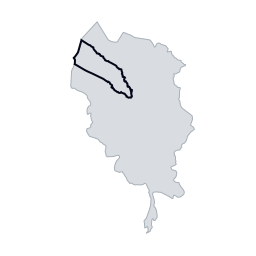 location of Hilmand within Afghanistan, rotated 112°
{"feature_id": "AFG-1750", "entity_name": "Hilmand", "entity_type": "Province", "adm_level": 1, "iso_a3": "AFG", "parent_name": "Afghanistan", "parent_adm1": "", "projection": "equal_earth", "projection_center": [64.341, 31.376], "detail": "fine", "context": "in_parent", "style": "outline", "palette": "ink", "viewbox_px": 256, "rotation_deg": 112, "n_neighbors": 0, "source": "natural_earth", "source_scale": "10m", "svg_char_len": 7250}
<svg xmlns="http://www.w3.org/2000/svg" viewBox="0 0 256 256"><g transform="rotate(112 128 128)"><path d="M113.2,69.7L117.7,69.2L120.7,69.8L122.3,71.5L123.9,71.9L125.4,71.1L126.3,71.0L126.7,71.5L127.5,71.7L128.6,71.6L129.3,72.1L129.5,73.0L130.3,74.3L131.9,75.8L133.3,76.2L135.1,75.0L135.7,75.1L136.0,74.8L136.1,73.9L137.2,73.1L139.2,72.3L140.3,71.7L140.7,71.1L141.4,70.9L142.1,71.1L142.6,70.9L143.0,70.1L143.7,69.8L144.3,70.0L147.1,72.7L148.2,73.6L148.7,73.4L150.1,71.9L150.2,70.6L149.8,68.8L150.0,67.3L150.9,66.2L152.6,65.6L155.0,65.3L156.5,65.5L157.0,66.0L157.8,66.3L158.7,66.4L159.6,65.7L160.3,64.4L160.3,62.7L159.6,60.8L159.8,60.1L161.0,59.1L162.2,57.6L163.4,55.7L164.6,53.4L166.0,52.0L167.8,51.4L169.9,52.0L172.5,53.8L173.6,56.1L173.0,58.8L173.0,60.2L173.5,60.5L176.4,60.0L176.8,60.4L176.8,61.1L176.4,62.2L176.0,65.4L175.3,73.3L176.7,77.9L177.6,79.8L178.5,80.4L179.3,80.6L180.2,80.4L181.9,79.2L184.5,77.0L187.0,75.6L190.7,74.9L191.9,72.5L193.6,70.9L197.4,68.6L199.5,67.7L200.7,67.6L203.8,68.4L204.0,69.2L203.8,69.9L203.0,70.6L202.7,71.0L203.1,71.4L204.3,71.5L209.4,69.9L210.5,68.5L211.6,68.4L213.8,69.0L215.5,68.8L216.4,69.5L218.5,71.5L217.9,71.6L217.0,71.2L216.4,70.6L214.4,71.5L212.1,72.8L212.2,73.1L214.3,75.0L210.1,77.1L208.2,78.3L207.7,78.3L204.7,77.2L196.6,77.5L190.4,78.2L188.0,79.2L185.8,79.8L184.6,80.3L183.9,81.4L180.6,83.9L180.0,84.8L178.0,84.7L176.1,87.1L173.3,89.9L172.8,91.3L173.2,92.0L174.8,93.0L175.5,94.0L176.7,96.7L177.2,98.7L177.9,99.5L178.3,101.9L177.7,103.2L177.7,103.9L178.7,105.6L178.5,106.2L177.8,107.0L176.7,109.3L174.7,110.9L173.9,112.4L172.5,114.0L171.9,115.4L171.3,116.2L170.7,116.6L170.9,117.3L171.5,118.3L172.4,119.3L172.5,123.5L172.0,124.7L169.4,125.8L167.0,126.3L163.9,126.4L162.8,126.2L158.6,124.7L157.2,125.4L157.0,127.3L159.5,130.3L160.5,132.0L161.6,134.8L162.5,136.2L162.2,137.6L157.9,140.6L155.2,140.9L153.5,141.4L152.6,142.1L152.1,145.3L151.5,146.5L151.5,147.9L150.9,149.5L150.1,150.5L149.5,152.1L150.1,160.6L147.7,164.0L146.3,165.2L144.9,165.8L143.8,165.6L142.4,163.7L141.4,162.9L140.4,163.1L139.4,163.7L137.8,163.5L136.5,162.8L135.8,162.9L135.4,163.6L133.9,165.1L130.4,167.3L128.9,167.4L128.3,168.0L128.6,168.9L129.2,169.7L130.4,170.2L130.4,170.8L128.6,171.9L126.8,172.7L124.6,173.0L122.4,172.5L121.3,171.5L119.9,171.4L118.7,172.2L117.5,173.4L115.7,176.4L113.2,178.2L112.5,180.1L111.8,183.5L112.1,188.4L111.8,190.6L111.2,192.1L111.3,193.2L112.2,194.5L111.9,195.3L111.2,196.3L110.5,196.8L96.4,201.6L94.1,201.7L92.9,201.5L88.9,201.5L87.3,201.9L85.6,202.5L84.4,203.3L83.5,204.5L81.8,203.8L76.5,202.7L62.3,204.2L61.0,203.9L41.2,196.4L53.5,179.6L53.9,178.2L54.0,175.5L53.2,171.8L52.0,170.1L41.2,168.2L40.9,165.4L41.1,164.1L40.9,161.6L40.9,159.8L41.5,156.7L41.5,155.3L38.3,141.5L38.3,140.1L40.3,137.0L42.9,133.9L42.8,133.3L41.5,133.0L39.6,133.0L38.6,132.5L37.8,131.6L37.5,130.4L38.0,128.2L37.6,123.9L39.6,120.4L42.7,120.1L41.2,117.5L40.8,117.2L40.7,116.8L40.9,116.3L41.7,116.2L43.6,114.5L43.7,113.6L45.3,111.1L45.2,110.0L46.2,107.1L45.7,105.2L45.6,104.1L46.8,103.5L47.5,100.8L47.9,100.1L48.0,99.4L47.8,98.3L48.8,98.2L49.8,99.6L51.3,101.0L52.2,101.5L53.5,101.7L56.3,101.2L56.8,101.3L59.7,103.8L60.2,104.5L60.4,105.5L60.9,105.8L61.9,104.8L62.9,104.5L64.7,104.8L65.7,104.4L70.4,101.2L70.7,99.2L71.2,98.0L71.8,97.3L71.1,95.0L71.3,94.5L72.0,94.3L73.5,94.3L80.6,91.8L82.4,91.8L82.8,91.6L83.0,90.8L83.5,90.1L86.8,88.2L88.7,86.3L89.4,84.9L92.6,73.2L94.2,72.2L96.0,71.4L101.8,71.2L102.8,67.6L103.4,66.8L104.4,66.0L108.7,68.5L113.2,69.7Z" fill="#d9dde1" stroke="#a8b0b8" stroke-width="1"/><path d="M88.7,201.4L88.4,201.4L84.9,202.6L84.4,202.9L84.1,203.4L83.6,204.4L83.3,204.6L81.8,203.9L79.4,203.3L76.6,202.7L74.6,202.9L73.9,203.0L73.3,203.0L72.7,203.1L72.0,203.2L71.4,203.2L70.7,203.3L70.1,203.4L69.5,203.5L68.8,203.5L68.2,203.6L67.5,203.7L66.9,203.7L66.3,203.8L65.6,203.9L65.0,203.9L64.4,204.0L64.0,204.1L65.6,195.6L65.6,194.8L65.5,194.0L65.5,193.9L65.6,193.7L65.9,193.2L66.0,193.0L66.1,192.7L66.2,191.5L66.2,190.6L66.2,190.4L66.3,190.3L66.4,190.2L66.5,190.2L66.8,190.1L67.3,189.8L67.8,189.2L68.2,188.6L68.7,187.6L69.1,186.9L69.2,186.4L69.4,186.1L69.6,185.8L70.2,185.2L70.4,185.0L70.5,184.8L70.5,184.6L70.4,184.4L70.2,184.0L70.1,183.8L70.1,183.7L70.1,183.4L70.4,182.9L70.4,182.7L70.2,182.6L70.0,182.3L70.0,182.2L70.2,181.9L70.6,181.2L70.8,181.1L71.1,180.8L71.2,180.7L71.3,180.6L71.3,180.4L71.2,179.6L71.2,178.4L71.1,177.8L71.3,177.6L71.8,177.3L72.0,177.2L72.2,176.9L72.3,176.8L72.4,176.4L73.0,175.3L73.1,175.1L73.5,174.9L73.7,174.5L73.8,174.3L73.7,174.1L73.8,172.6L73.8,172.4L73.7,172.2L73.6,171.9L73.4,171.3L73.4,171.0L73.7,170.6L73.9,170.3L73.9,168.5L74.6,162.9L74.9,161.9L75.4,161.5L75.6,161.3L75.8,160.9L76.2,159.8L76.3,159.6L76.3,159.4L76.2,159.0L76.2,158.9L76.3,158.8L76.5,158.6L76.6,158.3L76.7,158.2L76.5,157.9L76.5,157.7L76.4,157.5L76.4,157.4L76.3,157.2L76.2,156.7L76.2,156.1L76.5,155.8L77.5,155.3L77.7,155.1L77.9,155.0L78.6,154.2L78.8,154.1L79.2,153.9L79.3,153.9L79.8,154.0L80.0,154.0L80.1,153.9L80.1,153.7L80.3,153.5L81.2,152.6L81.3,152.6L81.5,152.7L81.8,152.5L81.9,152.4L82.0,152.2L82.4,151.9L82.5,151.9L82.5,151.7L82.5,151.4L82.4,151.2L82.2,150.9L82.2,150.4L82.2,150.1L82.3,149.9L82.5,149.7L82.6,149.8L82.7,150.0L82.8,150.0L83.9,149.8L84.5,149.8L84.6,149.7L85.1,149.4L85.7,149.1L85.9,148.9L86.0,148.8L86.0,148.7L86.1,148.3L86.1,148.2L85.8,147.9L85.6,147.9L85.5,147.7L85.7,147.3L85.9,147.0L86.4,146.6L86.5,146.4L86.6,146.2L86.8,145.7L87.0,145.4L87.2,145.2L87.3,145.1L87.5,144.9L87.8,144.9L89.5,144.1L89.7,143.9L89.5,143.7L89.2,143.6L89.2,143.4L89.4,143.0L89.5,142.8L89.6,142.7L89.5,142.4L89.4,142.4L89.5,142.1L89.9,141.7L90.0,141.5L90.1,141.3L90.2,141.2L91.4,140.2L91.2,140.1L91.2,139.9L91.2,139.7L91.2,139.4L91.7,139.0L91.7,138.9L91.5,138.6L92.1,138.3L92.3,138.3L92.3,138.5L92.3,138.9L92.4,139.0L92.6,139.0L92.8,139.0L92.9,138.9L93.0,138.8L93.5,138.3L93.6,138.2L93.8,138.1L94.0,138.3L94.3,138.3L94.6,138.1L94.9,137.8L95.0,137.8L96.1,137.2L96.3,136.9L96.5,136.7L97.0,136.3L97.3,136.3L97.8,136.3L98.1,136.7L98.3,136.8L98.8,136.8L98.8,137.0L98.8,137.3L99.1,138.0L99.4,138.4L99.5,138.5L99.7,139.0L99.6,139.3L99.6,139.5L99.6,139.8L99.5,140.0L99.5,140.3L99.5,140.6L99.5,140.9L99.2,140.9L99.1,141.0L98.8,141.3L98.7,141.4L98.7,141.5L98.7,141.8L98.7,142.0L98.5,142.3L98.3,142.4L98.2,142.6L97.4,144.2L97.4,144.3L97.5,144.4L97.5,144.5L97.7,144.8L97.7,145.0L97.6,145.7L97.6,145.9L97.6,146.0L97.7,146.3L97.6,147.3L97.3,147.8L97.5,148.0L97.8,148.1L98.0,148.1L98.2,148.3L98.3,148.4L98.5,148.5L98.7,149.4L98.8,149.8L98.8,150.0L98.7,150.3L98.5,150.6L98.4,150.7L98.4,150.8L98.5,150.9L98.5,151.1L98.5,151.3L98.6,151.6L98.6,151.9L98.6,152.0L98.5,152.3L98.3,152.7L98.2,153.1L98.1,154.0L97.9,154.9L97.9,155.0L97.6,155.2L97.2,155.6L97.2,155.8L97.1,156.1L97.0,156.4L97.0,156.6L96.9,156.8L96.7,156.9L96.8,157.0L96.8,157.3L96.7,157.6L96.6,158.4L96.5,158.5L96.4,158.6L96.2,158.6L95.9,158.6L95.7,158.5L95.5,158.4L95.4,158.3L95.2,158.3L94.8,158.6L94.5,158.7L94.4,158.8L94.2,159.0L94.1,159.5L94.0,160.0L93.9,160.7L93.9,160.8L93.7,161.1L93.1,161.7L93.0,161.8L92.8,162.0L92.7,162.1L92.7,162.3L92.4,163.7L92.4,163.9L92.5,164.0L92.7,164.3L92.8,164.3L92.7,164.6L92.5,166.1L92.3,166.8L91.9,168.4L91.7,169.4L91.5,172.1L91.5,172.7L90.9,181.2L90.7,186.8L90.4,190.1L88.7,201.3L88.7,201.4Z" fill="none" stroke="#020617" stroke-width="2"/></g></svg>